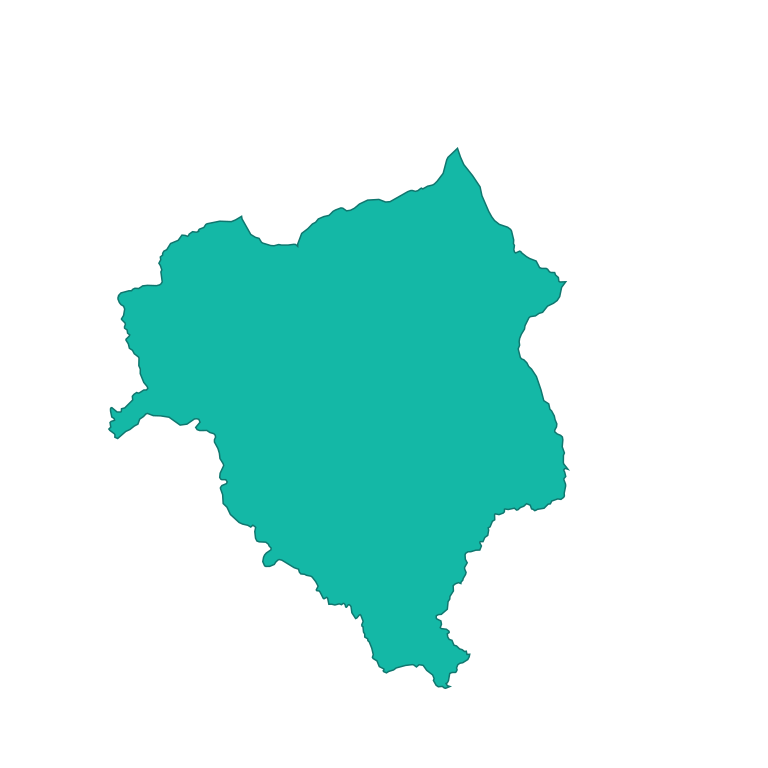 outline of Santa Helena Del Opón, Santander, Colombia, rotated 313°
{"feature_id": "7082276B2871746800234", "entity_name": "Santa Helena Del Opón", "entity_type": "district", "adm_level": 2, "iso_a3": "COL", "parent_name": "Colombia", "parent_adm1": "Santander", "projection": "mercator", "projection_center": [-73.601, 6.405], "detail": "fine", "context": "isolated", "style": "filled", "palette": "teal", "viewbox_px": 768, "rotation_deg": 313, "n_neighbors": 0, "source": "geoboundaries", "source_scale": "gbopen_adm2", "svg_char_len": 6171}
<svg xmlns="http://www.w3.org/2000/svg" viewBox="0 0 768 768"><g transform="rotate(313 384 384)"><path d="M606.5,277.0L593.4,276.2L590.7,277.0L578.4,283.6L568.4,284.6L564.5,284.4L562.6,283.8L558.4,281.0L553.1,279.3L552.8,277.8L552.1,277.5L548.5,276.9L546.3,275.6L544.8,272.7L543.7,271.6L540.9,270.2L521.5,264.1L518.2,261.1L515.5,254.4L507.3,246.6L498.9,243.3L492.4,242.5L488.2,241.0L485.1,238.5L484.5,234.0L483.4,232.4L478.3,229.9L475.6,229.0L469.8,228.8L465.4,225.8L459.9,223.4L455.6,223.7L452.2,222.5L445.7,222.4L438.0,221.1L427.6,225.4L425.8,227.0L425.8,224.3L424.7,222.8L420.3,219.2L415.7,214.3L414.2,211.9L410.1,209.3L408.0,206.7L404.3,199.1L404.1,197.7L405.3,193.3L403.6,190.0L402.5,184.6L407.9,167.6L409.5,165.5L402.7,163.5L398.6,161.6L391.0,152.8L380.5,145.3L379.1,144.9L375.6,145.5L371.4,143.4L369.8,143.5L369.2,144.4L367.1,143.3L364.8,140.1L360.7,139.3L359.3,139.8L358.0,139.6L357.1,137.3L355.1,134.7L348.7,135.5L341.2,132.1L334.1,133.5L331.0,132.4L328.6,133.0L327.3,134.2L324.3,133.8L322.6,136.0L318.8,137.0L318.1,139.7L315.9,143.7L313.8,144.4L307.4,152.2L305.1,152.6L303.5,152.3L300.8,150.6L294.8,143.7L291.2,140.6L286.6,139.5L284.1,136.5L281.6,135.6L280.1,135.8L278.1,133.8L271.2,129.5L267.7,129.5L267.3,130.2L266.2,130.2L264.7,131.5L263.1,134.9L262.7,137.5L263.3,140.4L262.0,143.2L256.5,146.8L252.5,147.6L252.2,148.1L252.0,153.0L251.1,154.3L248.8,155.2L247.9,156.2L248.3,159.3L246.3,161.8L246.5,164.6L244.9,165.0L240.8,164.8L240.1,165.4L239.0,169.6L236.5,173.4L237.1,177.1L235.8,180.7L236.3,186.0L235.8,187.2L230.2,192.2L228.7,195.6L225.3,198.7L221.3,207.3L220.6,212.6L219.8,214.2L217.7,214.4L215.7,212.4L210.9,211.2L209.7,210.5L209.1,208.9L206.0,208.2L203.4,208.3L200.9,211.1L189.7,210.7L186.9,208.9L184.7,210.6L183.9,210.5L181.5,207.9L181.1,201.1L180.6,200.6L179.3,200.9L177.7,202.5L174.2,207.4L174.7,210.2L173.7,211.7L170.6,210.0L169.0,209.9L166.1,213.6L163.4,213.5L163.1,215.2L163.7,220.7L163.4,221.8L161.5,223.5L162.5,226.4L173.2,227.5L177.4,229.2L183.1,230.1L186.8,231.4L191.7,229.3L196.2,230.3L199.7,230.3L201.2,231.1L203.5,236.8L208.3,242.3L213.1,249.4L214.9,262.9L220.3,267.3L229.2,269.2L231.0,270.9L231.9,272.7L230.6,275.5L223.8,275.9L223.2,278.5L224.3,281.0L229.2,286.1L229.8,289.8L231.6,293.4L231.4,295.6L230.2,297.1L227.6,298.0L225.9,299.6L223.6,306.5L221.1,310.8L217.6,314.9L216.0,320.8L215.0,322.4L207.0,325.0L203.6,327.6L203.1,329.6L203.4,330.6L206.1,333.5L205.5,336.1L203.7,336.7L199.2,334.7L196.8,335.0L196.0,335.7L193.0,341.5L186.9,347.9L186.8,353.2L183.8,360.7L183.9,372.5L185.1,376.1L187.8,380.8L188.5,384.1L191.3,384.4L191.6,386.5L191.6,387.9L188.0,390.1L183.6,395.2L182.5,398.1L183.4,400.3L187.7,405.4L188.0,408.8L187.2,410.4L187.0,413.4L185.6,414.4L180.2,413.2L177.5,413.3L175.1,414.1L171.4,416.5L169.6,420.7L170.0,422.0L172.7,424.8L177.2,426.8L180.0,426.3L182.9,426.5L184.1,427.0L185.5,429.4L188.4,443.6L190.3,447.8L188.7,450.4L188.4,452.7L190.7,455.7L191.2,457.7L193.6,461.6L193.8,463.2L192.9,468.8L191.2,473.7L187.2,474.9L187.0,475.8L188.4,477.7L188.2,479.2L185.8,485.7L186.0,486.6L188.9,487.6L188.9,488.9L185.3,493.9L187.2,495.8L188.9,498.8L192.7,501.2L193.6,503.4L195.6,503.7L196.2,504.4L196.1,506.0L194.8,508.0L195.2,508.8L198.1,508.5L198.8,508.9L199.0,510.2L198.7,511.7L194.8,516.5L193.1,523.2L194.3,523.7L198.2,523.5L199.1,523.9L199.0,524.9L196.2,530.6L192.7,532.0L191.9,533.1L192.1,534.2L188.6,538.2L188.0,540.4L185.8,542.5L186.5,545.9L185.3,547.3L185.3,549.2L182.4,555.3L178.7,560.8L176.2,561.9L175.8,563.3L176.7,567.7L174.1,573.3L175.5,578.2L174.9,578.9L173.7,579.0L173.4,579.9L174.4,582.8L177.0,583.5L181.4,586.0L184.7,586.6L192.9,591.7L198.1,596.1L198.8,597.2L199.2,600.7L202.6,601.1L204.5,603.8L204.9,604.6L203.7,610.5L204.4,618.0L202.7,621.6L200.9,622.3L199.2,627.6L199.6,630.2L202.6,632.9L202.8,635.4L203.5,636.6L207.7,638.5L206.6,636.1L207.3,633.6L208.6,634.1L211.1,633.4L217.1,629.5L219.3,630.4L221.7,632.9L222.7,633.1L224.8,632.4L225.8,630.7L229.1,629.4L231.6,630.0L233.9,631.7L239.6,633.2L242.5,632.4L244.8,631.0L242.8,629.1L244.7,626.4L243.3,625.3L243.0,622.3L241.8,619.9L241.9,615.7L240.7,613.3L242.9,608.5L241.7,605.9L242.4,603.2L244.5,600.6L246.6,601.2L247.5,600.2L247.2,596.9L244.2,592.7L244.1,591.3L247.5,589.9L249.5,587.2L248.2,582.7L248.5,581.7L250.2,580.3L252.5,581.1L254.6,583.0L262.5,583.9L268.5,579.3L271.5,578.8L273.6,577.1L280.0,575.9L283.7,572.1L286.6,572.5L289.5,573.9L290.5,576.3L291.6,575.5L294.4,575.4L295.6,574.6L300.4,573.5L302.2,572.5L303.7,569.1L304.9,568.0L310.0,566.8L311.3,563.0L314.3,559.8L315.8,559.2L318.5,559.8L320.6,561.9L325.1,564.5L327.9,567.3L332.0,565.7L333.2,562.3L334.3,561.8L336.2,563.9L340.5,562.4L344.1,563.1L348.5,560.2L349.9,558.3L351.9,559.0L357.5,556.9L360.2,557.6L363.7,554.1L364.9,553.9L366.9,557.2L370.9,559.2L372.6,559.2L374.6,557.5L375.3,558.0L376.9,560.4L382.1,564.1L382.2,566.9L383.3,567.7L386.7,568.0L389.9,569.6L393.7,569.9L395.1,573.6L393.3,577.1L394.1,578.7L394.1,580.5L395.0,581.1L397.0,581.7L402.3,585.8L408.1,586.0L409.8,587.4L412.8,586.5L418.4,589.4L420.3,592.1L423.6,592.7L425.1,592.3L427.0,590.3L433.3,586.4L434.6,585.0L436.7,580.8L437.7,580.1L440.3,580.0L442.8,576.2L443.6,574.1L445.2,573.9L446.1,574.5L447.1,576.7L448.1,570.0L448.9,568.7L454.2,563.9L456.6,563.0L459.6,557.2L465.1,552.9L466.9,550.6L466.9,548.2L465.6,544.8L465.5,541.5L466.8,540.3L470.3,539.4L472.7,537.6L474.6,533.4L476.8,530.3L478.6,525.0L478.7,522.5L481.8,518.1L480.8,512.2L486.7,502.9L493.4,490.4L495.5,481.8L495.5,477.9L496.9,474.1L497.1,469.8L496.2,467.5L496.4,465.6L501.2,458.2L504.9,456.7L507.1,454.0L509.9,452.1L514.1,450.5L520.0,449.3L522.7,447.4L531.4,444.8L533.1,445.1L537.1,448.3L541.3,449.2L544.6,451.1L552.5,450.5L558.7,452.9L563.2,453.7L567.7,452.9L575.8,448.0L582.7,447.2L578.6,443.1L578.4,441.8L580.8,438.9L580.7,435.1L581.9,432.8L579.4,430.0L578.9,428.5L579.5,425.3L579.1,423.7L576.1,420.5L575.2,418.4L577.7,411.4L575.1,404.9L574.3,401.3L573.8,395.4L574.1,393.8L573.7,392.6L569.6,390.9L569.5,389.6L570.7,387.4L574.3,384.9L574.9,383.0L577.8,380.6L582.9,372.9L583.4,371.1L583.0,367.5L579.4,359.5L578.9,353.4L579.7,348.9L581.6,343.0L588.5,327.2L593.7,319.8L596.8,306.6L598.9,292.7L602.1,285.2L606.5,277.0Z" fill="#14b8a6" stroke="#0f766e" stroke-width="1.5"/></g></svg>